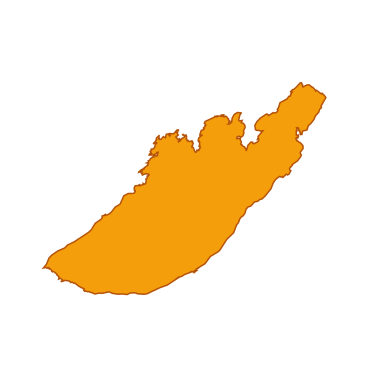 Sula nor, Møre og Romsdal, Norway (Mercator projection), rotated 322°
{"feature_id": "86288312B40497939679228", "entity_name": "Sula nor", "entity_type": "district", "adm_level": 2, "iso_a3": "NOR", "parent_name": "Norway", "parent_adm1": "Møre og Romsdal", "projection": "mercator", "projection_center": [6.236, 62.423], "detail": "fine", "context": "isolated", "style": "filled", "palette": "amber", "viewbox_px": 384, "rotation_deg": 322, "n_neighbors": 0, "source": "geoboundaries", "source_scale": "gbopen_adm2", "svg_char_len": 6095}
<svg xmlns="http://www.w3.org/2000/svg" viewBox="0 0 384 384"><g transform="rotate(322 192 192)"><path d="M201.3,127.2L197.2,127.6L196.4,128.3L196.5,128.8L194.2,129.6L191.0,130.1L194.5,131.3L194.2,131.8L192.1,132.1L190.6,133.6L188.1,134.2L186.2,133.1L185.8,134.1L184.1,134.2L184.1,135.0L183.2,135.7L183.9,136.2L183.8,136.5L181.7,135.9L181.2,136.3L182.5,136.9L181.6,137.0L184.0,138.8L187.3,139.8L188.6,139.1L189.8,139.9L188.1,140.8L187.5,141.9L186.3,142.0L185.3,140.4L183.6,140.2L183.4,140.9L182.5,140.2L179.5,140.2L178.6,140.8L176.7,140.5L176.7,141.1L175.9,141.7L174.4,141.3L175.4,142.4L173.9,143.1L173.8,143.7L171.1,143.6L171.1,142.9L170.9,143.6L168.5,143.6L168.5,144.2L166.2,143.3L162.5,143.4L162.1,143.7L165.7,144.6L164.1,145.2L164.0,146.1L163.7,146.0L163.7,147.1L164.2,147.0L163.4,148.1L167.1,149.1L167.1,149.6L168.6,150.7L168.5,151.1L168.9,151.9L167.5,152.5L166.8,151.8L166.4,152.1L167.2,152.5L166.0,152.4L165.5,153.3L164.1,153.8L163.6,153.4L162.7,155.2L160.5,156.8L159.7,156.7L158.8,155.2L158.4,156.3L155.7,155.0L154.9,155.2L154.3,154.5L154.9,153.9L152.9,153.4L151.1,152.1L148.8,153.3L148.3,154.6L147.8,154.8L147.5,155.6L148.0,156.1L147.7,156.5L146.0,157.3L144.7,156.9L140.8,153.9L136.0,153.0L127.8,157.3L122.2,156.6L115.7,158.3L112.4,158.2L109.2,157.0L109.7,156.3L107.4,156.1L106.7,155.5L106.1,155.9L105.8,156.8L103.7,157.5L96.5,157.1L89.3,159.8L85.6,160.1L68.3,158.7L61.5,157.2L57.2,157.7L49.7,155.8L42.4,155.4L38.7,156.0L33.1,159.2L28.2,160.4L30.2,161.3L30.8,162.9L32.1,162.9L32.7,163.6L32.1,164.2L32.1,164.9L33.0,165.2L33.1,167.6L32.7,168.1L32.8,168.9L33.4,168.8L34.1,169.9L35.0,173.6L34.5,173.9L34.9,177.2L33.3,178.5L35.2,179.1L35.9,181.9L34.0,181.9L34.1,182.4L37.6,183.5L40.5,186.6L40.8,188.8L42.0,189.2L42.7,191.1L43.6,191.7L44.8,196.6L46.2,199.8L46.6,200.0L46.7,201.1L47.4,201.8L46.1,203.0L46.4,204.3L47.2,204.4L48.4,206.4L49.8,207.4L50.1,208.6L51.2,209.6L52.5,212.4L57.3,215.0L58.6,216.4L64.5,219.3L65.5,220.1L66.8,222.8L70.8,227.0L74.5,229.6L77.7,232.8L80.9,233.5L83.8,235.4L85.7,237.2L86.3,238.6L91.5,243.2L93.9,244.5L108.0,247.7L115.3,250.1L127.8,251.1L127.3,250.7L127.5,250.7L128.8,251.3L129.0,250.9L131.8,252.1L135.6,252.5L141.7,254.5L141.3,254.1L141.9,254.2L142.7,255.0L143.0,254.6L144.4,255.9L144.0,256.8L146.7,256.8L144.8,255.6L147.8,256.7L146.3,255.7L149.6,255.8L149.3,255.5L158.2,256.5L166.7,254.1L176.1,255.2L178.4,254.9L190.3,250.7L199.8,249.7L206.9,245.4L209.8,244.7L213.1,242.6L216.1,241.9L217.5,242.3L220.6,241.3L224.1,238.8L227.0,238.3L229.6,239.3L235.2,238.3L238.1,239.8L240.9,239.7L242.9,240.6L247.2,240.2L256.4,238.0L261.5,234.9L265.5,233.6L267.8,233.5L270.7,233.7L271.4,235.1L272.5,235.3L272.6,236.5L277.2,236.0L277.8,237.4L279.6,237.6L283.0,236.0L282.6,234.9L283.4,233.4L287.5,232.7L288.0,232.1L294.4,232.4L299.6,231.0L301.0,230.1L300.9,228.9L301.7,227.4L306.3,226.1L307.9,223.9L307.8,220.3L306.9,218.2L306.8,217.1L306.2,216.5L306.6,215.9L306.3,215.7L306.4,214.5L307.5,213.3L308.2,213.4L308.4,214.4L308.7,214.6L310.1,213.8L310.7,212.4L310.2,212.4L309.3,211.4L310.4,209.7L312.1,208.0L312.4,208.2L312.2,207.8L313.7,207.0L313.8,205.8L314.7,206.1L315.2,206.9L315.0,208.0L314.3,209.0L314.5,210.5L313.9,210.9L313.3,212.8L312.1,213.5L314.1,213.4L313.7,214.9L314.4,213.5L314.6,213.8L316.6,212.1L320.8,213.9L324.6,211.3L327.8,211.2L332.8,209.9L336.2,208.0L340.8,207.2L343.6,205.4L345.9,205.3L346.5,203.8L355.6,200.0L355.8,198.2L355.3,194.2L354.2,194.2L352.8,188.5L351.6,188.5L351.9,187.9L351.7,183.9L351.1,183.3L350.4,179.8L348.2,178.3L344.1,177.6L344.2,176.7L344.8,176.1L344.5,176.0L344.7,175.2L345.5,174.1L345.5,173.3L344.2,172.6L338.8,173.6L335.4,173.8L334.3,173.2L330.8,173.8L331.8,174.0L331.6,174.5L332.4,175.0L329.8,175.7L329.8,176.2L328.4,177.0L327.2,176.2L324.2,177.2L316.4,175.8L312.2,178.7L310.1,179.4L310.1,180.6L307.9,181.3L305.4,180.5L304.9,179.4L299.7,179.0L299.9,178.6L299.4,177.9L299.2,176.7L298.5,176.4L291.5,175.8L286.3,176.6L282.5,178.2L280.4,182.0L280.8,183.0L282.8,184.9L283.5,186.2L285.5,187.4L278.2,188.9L277.6,190.0L276.6,190.5L277.5,190.6L277.3,191.3L276.3,191.5L276.2,192.5L274.8,192.9L270.4,192.1L269.9,190.9L270.5,190.2L269.3,188.9L264.9,189.6L260.5,192.7L260.4,192.4L261.0,190.8L260.7,189.9L261.1,189.5L261.1,188.5L260.4,187.6L260.4,185.5L260.0,185.4L259.9,184.2L261.2,183.5L262.1,181.8L262.0,180.5L263.3,179.4L260.2,177.6L260.4,177.0L261.2,176.4L263.2,176.8L264.7,179.0L266.8,179.1L269.6,177.1L270.0,175.9L270.9,175.1L273.6,173.9L274.6,172.1L274.8,169.7L273.5,167.6L275.6,166.5L273.0,165.1L273.2,163.9L277.3,160.7L279.4,160.1L279.3,159.7L276.7,157.3L273.1,156.9L269.2,158.5L266.0,161.5L263.0,161.4L262.4,160.8L263.5,161.0L264.0,159.7L265.5,159.8L265.2,157.7L266.1,156.4L265.5,156.7L265.6,153.6L265.1,152.9L263.8,152.8L261.8,150.3L262.2,150.0L264.2,151.3L264.6,150.8L262.4,149.3L261.4,150.0L258.7,147.6L258.3,148.2L257.4,147.6L257.7,147.3L256.6,146.4L255.7,146.8L245.7,144.5L244.0,145.5L244.5,146.7L243.9,147.9L243.1,147.5L242.5,148.5L240.6,148.5L240.3,148.8L240.6,149.6L239.4,149.9L237.2,149.2L233.5,151.6L233.0,152.5L234.7,152.9L234.9,153.4L231.0,153.5L229.7,154.2L228.7,155.2L228.9,155.7L228.3,155.8L228.2,156.6L228.7,156.9L228.6,157.7L227.0,159.3L226.8,160.4L225.0,160.0L226.5,160.6L225.8,161.2L225.8,162.3L223.1,162.8L223.0,163.4L221.5,162.7L221.6,162.2L219.9,163.2L219.1,162.4L219.9,159.1L220.4,158.0L220.0,156.7L219.6,156.6L220.2,155.7L220.7,155.9L223.1,154.2L222.6,153.1L223.6,152.4L223.5,151.7L220.7,150.4L220.6,148.9L219.8,149.0L220.0,147.6L220.4,147.1L220.1,146.7L222.1,144.7L222.3,143.3L221.9,143.2L221.5,144.1L220.7,143.7L220.7,141.4L219.3,140.8L220.4,141.8L220.4,143.5L219.6,144.1L216.8,143.6L214.2,144.4L212.2,144.2L212.5,143.6L214.5,143.5L215.0,142.7L214.8,142.1L213.9,142.5L213.4,142.0L213.1,140.9L213.5,139.4L213.2,139.3L213.2,138.6L216.2,138.7L216.4,136.8L217.1,136.4L216.5,135.3L217.7,134.8L218.9,135.4L219.1,134.8L218.7,134.5L219.1,134.4L218.4,133.9L213.2,134.8L211.3,133.0L208.9,134.2L208.9,132.9L210.1,132.0L207.3,130.7L205.4,132.0L205.1,132.7L204.2,132.8L203.5,130.7L200.1,131.4L199.0,130.8L198.5,129.8L198.8,129.3L199.4,129.4L199.7,128.1L201.3,127.2Z" fill="#f59e0b" stroke="#b45309" stroke-width="1.5"/></g></svg>